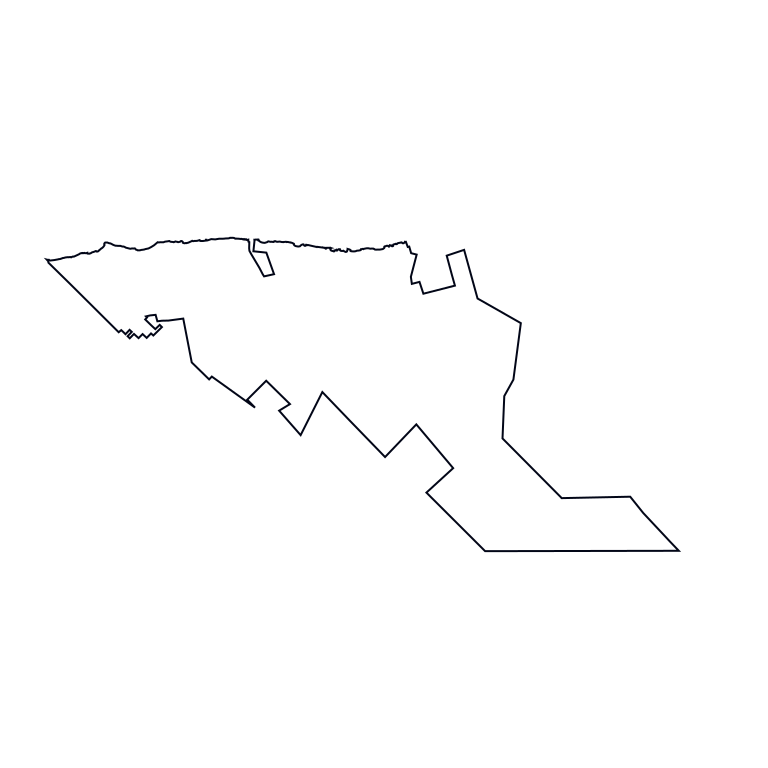 Solidaridad, Quintana Roo, Mexico, rotated 225°
{"feature_id": "50627088B14293404548968", "entity_name": "Solidaridad", "entity_type": "district", "adm_level": 2, "iso_a3": "MEX", "parent_name": "Mexico", "parent_adm1": "Quintana Roo", "projection": "orthographic", "projection_center": [-87.149, 20.584], "detail": "fine", "context": "isolated", "style": "outline", "palette": "ink", "viewbox_px": 768, "rotation_deg": 225, "n_neighbors": 0, "source": "geoboundaries", "source_scale": "gbopen_adm2", "svg_char_len": 6032}
<svg xmlns="http://www.w3.org/2000/svg" viewBox="0 0 768 768"><g transform="rotate(225 384 384)"><path d="M194.3,337.3L57.6,474.5L70.6,474.8L109.6,476.1L130.2,478.4L177.7,428.9L178.8,429.0L261.7,429.3L290.4,460.5L295.6,478.6L330.3,523.8L378.3,510.6L422.2,535.5L430.4,519.1L413.4,509.3L403.4,503.7L420.0,475.7L431.1,481.3L435.1,474.5L440.8,478.8L452.4,498.6L457.3,495.7L463.3,499.0L464.1,497.7L468.6,499.8L468.6,499.5L469.5,499.6L469.8,499.4L469.5,498.5L469.7,497.4L470.1,496.9L470.6,496.6L471.6,496.6L472.0,496.3L472.3,495.6L473.4,494.0L473.8,493.3L473.8,493.1L473.8,492.3L473.9,491.9L474.4,491.4L474.8,491.5L475.0,491.2L475.3,490.4L475.5,490.2L476.0,489.2L475.9,488.7L475.2,488.1L475.2,487.8L475.3,487.5L475.9,487.0L476.3,487.0L476.7,487.2L476.9,487.1L476.9,486.8L477.1,486.5L477.6,486.5L478.1,486.2L478.0,485.7L477.7,484.6L478.6,484.5L479.3,484.2L480.0,483.4L480.5,481.9L480.8,481.8L480.9,481.4L480.0,480.3L480.2,478.8L480.5,478.2L481.9,476.2L484.8,473.2L485.6,472.6L486.2,472.6L486.7,472.3L487.1,472.3L488.0,471.5L489.5,469.9L491.2,468.8L492.3,467.6L493.7,465.5L493.9,464.8L494.5,464.6L494.9,464.1L495.2,463.4L495.6,463.0L495.4,462.5L495.2,462.3L495.3,461.9L495.8,461.2L496.0,460.8L497.5,459.0L497.9,457.9L498.9,456.6L500.3,455.3L501.2,454.6L501.5,454.5L501.8,454.4L502.3,455.0L503.4,454.8L505.2,453.8L504.8,453.5L504.8,453.1L503.9,451.5L504.3,450.4L505.6,449.8L507.0,449.5L507.2,449.0L507.8,448.3L509.0,447.5L509.9,447.5L510.1,447.7L510.1,448.0L510.3,448.1L510.5,447.8L510.8,447.8L511.2,447.5L511.4,447.1L511.6,446.5L511.5,445.6L511.6,445.1L512.7,445.2L513.0,443.2L514.1,444.2L513.1,443.2L513.1,442.9L513.7,442.1L514.9,441.4L515.7,441.0L516.5,441.0L517.0,441.2L517.4,441.5L517.5,441.8L517.4,442.1L517.6,442.3L517.5,442.1L517.7,441.9L517.7,441.6L517.8,441.6L517.9,442.4L517.9,442.1L518.1,442.2L517.9,442.5L518.3,442.3L518.5,442.3L518.8,441.8L520.8,439.8L520.6,439.1L520.7,438.7L521.0,438.4L521.6,438.4L521.7,438.2L521.6,437.7L521.8,438.0L522.4,438.1L521.7,438.5L521.9,438.7L522.3,438.4L522.4,438.2L528.3,433.7L528.3,433.4L528.6,433.3L528.9,433.0L530.2,432.2L531.6,431.3L536.1,428.5L536.4,427.9L536.8,427.7L537.2,427.7L537.5,427.4L537.1,427.0L537.2,426.3L537.7,425.7L538.5,425.5L539.6,425.8L540.2,425.2L540.5,424.6L540.9,423.0L540.8,422.3L540.9,421.8L541.3,421.3L541.9,420.5L543.3,419.5L544.1,419.0L545.2,418.7L545.7,418.7L546.3,418.9L546.7,419.4L547.0,419.4L547.4,419.1L548.1,419.1L549.9,418.2L550.1,417.9L550.4,417.9L550.9,417.4L552.5,416.4L553.2,415.5L553.7,415.4L554.2,414.9L554.5,414.4L555.2,413.7L555.5,413.1L555.9,412.9L556.4,412.3L558.4,411.0L560.0,409.1L560.5,408.7L561.1,408.4L561.6,408.3L562.0,408.0L562.4,407.5L562.2,407.3L562.4,406.8L562.7,406.1L564.0,405.2L564.5,404.5L565.1,404.1L566.7,403.0L566.9,402.3L566.9,401.8L568.1,399.5L568.9,398.8L570.0,398.0L571.1,397.4L572.0,397.1L573.2,396.9L574.1,397.2L574.5,397.0L574.6,396.6L575.1,396.6L575.3,397.0L577.2,395.0L577.2,394.6L577.6,394.3L576.6,393.4L570.2,385.5L560.1,393.7L539.4,383.9L544.9,375.3L547.2,375.8L554.5,378.1L569.5,381.9L573.3,383.0L575.3,384.6L579.6,389.1L580.5,388.8L581.9,390.0L582.1,389.3L582.4,389.2L582.6,389.2L582.9,388.8L583.2,388.7L583.5,389.0L584.0,388.8L584.2,388.5L584.3,387.8L584.8,387.5L585.1,387.7L585.4,387.6L585.5,387.3L585.4,387.0L585.6,386.8L585.9,387.0L586.4,386.5L587.6,385.7L587.7,385.4L589.8,383.7L590.9,382.6L591.4,382.3L591.6,381.9L592.1,381.5L592.6,381.5L593.5,381.1L594.2,380.5L595.0,379.8L595.5,379.1L596.2,378.6L596.7,377.3L599.0,374.8L600.0,373.5L603.4,370.0L605.6,366.9L608.6,364.3L610.3,360.8L611.0,359.9L611.6,360.4L611.8,360.2L611.4,359.9L611.3,359.6L613.2,357.0L615.1,355.2L615.8,355.4L616.1,355.4L617.3,353.2L618.2,352.1L619.3,351.0L619.7,350.3L620.4,349.7L620.9,349.6L621.0,349.1L622.3,345.6L623.4,343.8L623.7,343.7L624.6,342.4L625.8,341.7L626.2,341.7L626.8,342.2L627.1,342.2L628.0,342.1L628.3,341.9L628.7,341.4L628.8,340.4L629.7,338.9L630.0,338.6L630.8,338.3L631.7,337.6L632.3,337.3L632.9,335.6L633.4,335.4L635.3,333.8L636.2,333.4L636.9,333.3L637.1,333.1L637.5,332.4L639.5,329.8L640.2,328.2L642.2,326.3L643.5,324.7L644.3,324.2L644.7,319.5L645.5,316.1L645.8,315.2L646.0,314.5L646.4,313.3L648.1,310.7L648.6,309.6L649.7,308.1L650.5,307.1L650.9,306.3L651.4,305.6L652.7,304.3L653.6,304.1L654.2,303.7L654.6,303.6L655.2,303.7L656.1,303.7L657.0,302.6L658.1,301.6L658.8,300.5L659.2,300.1L662.4,298.2L663.1,297.8L664.4,297.5L665.4,297.0L666.2,296.2L668.2,295.2L668.8,294.5L670.1,293.3L670.5,293.0L671.4,292.1L672.5,291.5L673.4,291.1L674.0,290.9L674.4,290.7L675.7,290.4L676.7,290.0L676.9,289.8L677.3,289.7L677.8,289.2L679.7,288.4L681.0,287.1L681.2,286.8L681.2,286.2L681.1,285.9L681.1,285.6L680.7,285.0L680.2,284.9L679.8,284.5L679.6,283.7L679.4,282.2L679.5,280.8L679.8,279.5L679.8,278.1L680.0,277.5L679.9,276.4L680.1,275.3L680.5,274.8L680.8,274.5L681.2,274.6L681.8,274.2L682.0,273.9L682.0,273.6L682.2,273.2L682.8,271.9L683.5,270.7L683.9,268.9L684.2,268.5L684.4,267.9L684.7,267.7L685.5,266.8L686.2,266.5L686.6,266.9L686.9,266.3L687.3,265.7L688.2,264.9L688.5,264.9L689.1,264.1L689.2,263.7L689.4,263.5L689.8,263.5L690.4,262.8L690.6,262.2L691.1,261.7L691.4,260.1L691.9,258.7L693.3,254.9L693.6,254.5L693.9,254.4L694.2,254.0L694.6,253.0L694.8,252.3L695.3,252.2L695.9,251.6L696.3,251.0L696.7,250.5L697.1,250.3L698.2,248.9L698.9,248.0L699.1,247.5L699.8,246.4L700.3,245.8L700.5,245.1L700.9,244.5L700.9,244.3L701.3,243.5L702.4,242.1L702.5,241.8L704.3,239.2L704.7,238.6L707.4,235.2L708.3,234.8L708.7,234.9L709.7,233.9L710.4,233.5L708.4,233.4L707.0,232.5L677.0,232.8L608.2,233.0L607.9,236.3L604.9,236.4L602.0,236.4L602.2,242.4L599.2,242.5L599.1,236.5L596.1,236.5L596.2,242.6L590.0,242.9L590.0,248.6L584.4,248.8L584.5,255.0L581.4,255.2L581.3,267.2L584.4,267.2L584.5,261.1L590.2,260.9L598.5,260.8L598.6,263.5L600.1,263.5L597.8,267.2L594.4,271.4L588.6,268.1L585.7,271.8L581.3,276.4L572.2,288.3L535.2,263.3L510.9,263.6L511.0,267.5L458.5,276.1L469.6,276.2L469.6,303.0L436.3,303.3L439.3,291.0L406.8,288.9L421.9,334.7L382.5,333.9L331.6,333.1L332.6,378.3L275.6,373.4L277.2,337.2L194.3,337.3Z" fill="none" stroke="#020617" stroke-width="2"/></g></svg>